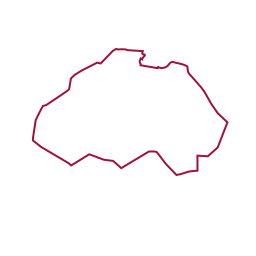 Tai, Rivers, Nigeria, rotated 147°
{"feature_id": "59680162B30773772502776", "entity_name": "Tai", "entity_type": "district", "adm_level": 2, "iso_a3": "NGA", "parent_name": "Nigeria", "parent_adm1": "Rivers", "projection": "albers", "projection_center": [7.245, 4.762], "detail": "fine", "context": "isolated", "style": "outline", "palette": "rose", "viewbox_px": 256, "rotation_deg": 147, "n_neighbors": 0, "source": "geoboundaries", "source_scale": "gbopen_adm2", "svg_char_len": 1142}
<svg xmlns="http://www.w3.org/2000/svg" viewBox="0 0 256 256"><g transform="rotate(147 128 128)"><path d="M95.0,200.8L99.0,200.9L115.8,197.0L118.2,199.6L135.4,201.4L143.8,201.6L148.9,200.6L156.0,192.9L156.9,192.4L157.3,192.3L164.0,192.1L182.6,191.8L184.3,191.8L187.3,192.8L191.3,190.7L199.6,185.8L201.2,184.8L213.1,171.4L213.3,171.1L214.5,169.3L211.3,159.6L197.0,130.9L196.1,127.6L192.4,127.4L175.1,127.1L174.7,126.9L165.5,114.5L158.4,108.5L155.5,98.0L123.3,96.9L119.2,94.3L118.9,94.1L117.1,92.4L116.8,90.1L115.8,77.0L112.9,62.2L109.2,60.7L100.3,58.2L93.0,54.4L92.9,54.5L84.8,67.0L76.5,60.8L63.4,62.8L41.5,78.6L44.7,91.6L45.0,103.0L44.2,116.7L44.5,122.1L46.2,133.8L46.8,137.9L47.3,140.9L46.7,143.2L44.7,147.4L46.9,150.9L50.1,154.4L52.5,156.8L54.6,159.3L57.0,159.7L61.4,158.4L64.3,158.7L66.1,159.5L67.7,160.3L69.6,162.7L70.5,162.0L74.2,165.4L83.3,173.8L82.5,174.9L82.5,176.0L81.8,177.7L80.3,178.8L79.5,179.4L78.7,178.0L78.3,178.6L77.0,178.9L76.4,179.2L74.6,179.5L74.1,180.0L74.3,180.8L75.2,181.5L75.5,182.6L74.8,183.6L73.7,184.4L86.2,193.7L87.2,195.2L89.2,196.7L93.7,199.4L95.0,200.8Z" fill="none" stroke="#9f1239" stroke-width="2"/></g></svg>